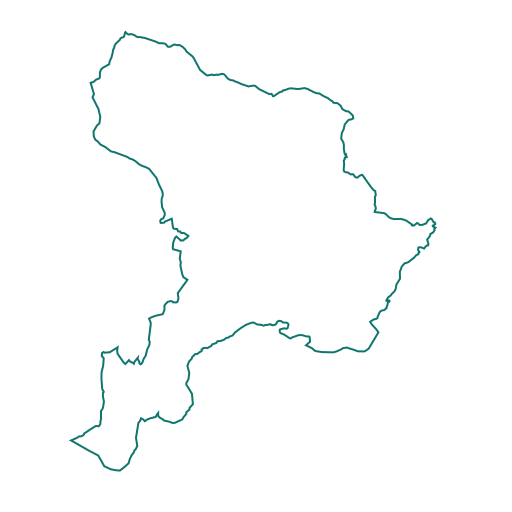 Albac, Alba, Romania (Mercator projection), rotated 272°
{"feature_id": "2599482B24206442274336", "entity_name": "Albac", "entity_type": "district", "adm_level": 2, "iso_a3": "ROU", "parent_name": "Romania", "parent_adm1": "Alba", "projection": "mercator", "projection_center": [22.961, 46.463], "detail": "fine", "context": "isolated", "style": "outline", "palette": "teal", "viewbox_px": 512, "rotation_deg": 272, "n_neighbors": 0, "source": "geoboundaries", "source_scale": "gbopen_adm2", "svg_char_len": 6085}
<svg xmlns="http://www.w3.org/2000/svg" viewBox="0 0 512 512"><g transform="rotate(272 256 256)"><path d="M396.9,348.4L399.8,347.8L403.1,344.2L403.7,343.2L403.9,340.8L405.9,337.1L409.2,335.3L411.6,332.1L411.9,327.9L413.3,327.0L414.0,325.5L416.3,322.3L418.1,318.1L420.7,313.5L420.7,311.2L422.0,307.3L423.1,305.5L423.5,303.9L424.5,302.6L425.5,298.7L424.3,292.3L424.8,284.9L424.5,283.2L422.7,278.8L422.5,277.3L421.3,276.4L420.6,274.0L416.3,268.1L416.4,267.2L418.4,266.1L418.6,265.6L418.2,263.8L422.8,253.4L425.9,249.4L426.2,248.1L426.0,246.1L425.2,242.6L427.3,235.5L428.9,231.7L430.1,228.1L430.7,227.0L431.0,224.2L432.3,221.6L435.2,219.1L436.6,217.5L436.9,215.6L435.6,211.5L435.9,210.4L435.2,207.1L435.6,206.5L435.7,205.1L434.8,201.8L434.9,200.4L439.9,193.7L451.9,186.7L453.3,185.5L458.0,179.3L460.0,178.1L462.4,175.4L464.3,171.9L463.9,170.2L464.5,167.1L464.0,165.8L462.2,163.1L462.0,161.5L462.2,160.4L464.5,158.5L464.9,157.6L465.3,156.1L465.3,151.4L466.7,148.5L469.9,137.7L470.2,136.4L470.2,134.9L470.7,133.5L470.7,130.3L470.9,129.2L472.6,126.6L473.1,124.9L473.4,123.0L472.9,120.8L473.7,119.4L475.2,117.7L474.5,117.3L471.1,116.6L470.1,115.9L469.3,113.7L468.5,112.8L467.3,112.4L463.0,108.2L460.7,107.2L459.1,107.0L457.1,106.0L453.7,105.6L449.3,104.6L445.3,102.9L442.6,102.6L438.7,96.3L436.8,94.5L433.9,93.6L429.1,93.7L428.0,93.2L426.8,90.2L424.3,87.6L423.3,84.7L412.1,88.4L408.9,87.1L397.2,93.5L389.6,95.5L383.1,94.9L381.0,92.6L374.9,89.3L369.9,89.7L366.7,91.3L364.7,94.1L362.0,96.6L359.5,101.8L355.5,107.4L354.8,111.0L350.4,124.2L349.0,126.2L348.4,128.8L346.8,131.9L343.5,136.1L341.9,139.5L341.1,142.4L339.4,146.1L330.6,153.7L323.9,156.6L317.9,159.8L315.4,160.6L313.0,160.7L310.3,159.8L307.0,159.7L301.4,160.5L295.8,163.3L293.8,163.4L290.3,161.9L289.6,160.1L288.5,159.4L287.6,159.0L285.7,159.6L286.1,163.0L287.2,163.8L290.3,170.5L281.3,172.1L280.4,173.0L280.2,176.2L277.9,177.3L277.8,179.5L276.8,179.8L276.3,181.2L276.5,182.7L276.2,183.7L273.7,187.7L271.7,186.3L270.7,184.5L269.0,182.7L269.0,180.9L268.7,180.6L272.7,175.7L271.2,174.4L266.5,172.8L261.3,172.5L259.9,172.9L258.0,180.6L250.7,179.9L247.0,181.1L243.7,180.8L234.9,183.0L232.3,184.2L229.8,188.3L216.1,179.1L211.7,179.9L210.1,179.8L207.5,179.1L206.7,177.7L206.9,176.3L206.7,174.9L207.7,173.8L208.0,172.7L207.2,169.5L204.9,167.3L203.1,166.2L198.8,166.4L194.6,164.8L192.7,157.5L190.6,152.7L189.6,151.3L186.3,152.9L184.2,153.2L168.7,151.8L166.2,152.8L163.2,152.5L158.8,150.5L152.4,149.2L149.3,147.3L146.2,146.4L144.2,145.2L143.7,144.6L144.6,143.2L146.3,143.0L149.0,141.3L150.2,141.4L146.1,138.3L144.1,137.7L144.7,137.1L146.1,133.8L147.5,132.7L143.5,129.2L145.0,127.4L153.4,121.1L156.3,120.5L159.9,120.9L154.7,113.2L154.1,108.2L154.7,107.0L153.7,105.6L150.7,105.3L148.5,107.4L141.1,107.1L134.3,105.7L128.1,105.8L117.8,106.9L114.9,108.6L113.8,107.8L110.4,107.9L105.1,109.1L99.4,108.4L97.4,107.7L95.6,106.5L87.5,106.8L85.5,106.3L82.7,106.3L80.4,104.9L80.5,101.8L77.2,96.8L72.5,90.4L71.0,89.9L69.7,87.6L69.5,85.4L68.1,83.6L65.2,77.6L55.5,96.1L51.1,105.3L40.6,111.7L37.8,118.3L37.0,123.5L36.8,127.4L40.8,132.2L44.4,135.9L48.5,136.9L52.4,138.6L55.5,140.8L57.5,141.3L58.7,142.5L61.9,144.0L70.2,142.4L85.0,144.3L87.6,146.1L89.8,146.8L88.8,148.9L87.0,150.7L88.6,152.6L90.4,156.8L90.8,158.8L91.2,159.2L91.3,160.4L91.7,161.5L93.9,162.4L95.7,163.7L92.9,163.8L91.3,165.2L89.3,168.8L88.4,169.7L87.5,174.5L86.2,178.6L86.5,180.9L90.1,188.0L92.7,189.4L95.7,191.8L97.4,191.8L100.1,194.8L101.9,194.9L105.7,198.1L116.1,196.8L125.1,190.8L126.6,190.8L130.6,192.8L136.7,193.4L143.8,191.3L148.3,192.8L151.1,195.3L152.7,195.7L155.8,198.6L156.0,200.6L158.1,203.2L158.6,204.3L159.2,205.0L160.7,204.9L161.0,205.7L162.1,206.4L162.5,208.8L162.2,210.5L164.6,214.5L166.1,215.2L167.7,219.3L169.5,220.5L169.8,223.4L171.2,227.0L173.1,229.1L173.4,231.0L174.5,232.4L175.8,235.4L178.8,237.6L183.3,243.1L186.8,248.3L189.0,253.4L189.5,255.6L187.6,259.7L187.5,262.6L187.2,263.3L187.4,263.9L186.6,266.0L187.5,268.0L187.4,269.3L188.4,272.7L187.6,273.8L187.4,275.4L187.8,277.1L188.9,278.6L190.8,279.3L192.0,280.9L191.8,283.5L190.5,285.2L190.4,289.1L189.8,290.2L188.5,290.9L185.1,290.1L184.4,289.3L184.7,286.6L183.5,282.6L182.6,282.2L181.1,282.4L179.8,283.1L178.4,287.0L174.9,292.6L175.0,293.9L175.8,294.7L178.4,301.4L178.5,305.0L177.3,309.7L177.5,311.7L177.0,312.4L172.2,313.0L168.5,309.1L165.9,315.0L163.4,318.1L162.9,320.0L162.3,325.2L162.4,336.6L163.3,339.5L165.8,344.7L167.0,346.2L167.7,350.4L166.9,352.2L166.1,355.6L164.3,361.3L164.4,366.9L164.6,368.1L167.4,371.9L184.0,381.0L187.0,378.7L192.0,373.8L194.3,372.4L196.8,376.0L197.2,377.9L198.1,379.5L199.5,379.7L203.6,381.3L205.1,382.3L205.9,383.7L206.4,385.9L208.6,388.4L209.4,388.2L211.2,389.0L213.7,389.4L214.5,389.7L214.8,390.7L215.8,391.0L216.1,390.8L216.3,389.6L215.7,388.0L216.1,387.8L219.2,389.4L221.3,392.1L222.7,392.9L225.4,395.5L227.7,396.7L232.2,397.3L238.3,400.7L245.2,400.3L250.6,402.1L254.0,404.9L254.1,406.0L255.1,408.3L259.9,414.1L262.3,416.0L263.4,418.1L264.7,418.3L265.3,419.2L266.4,418.8L267.1,418.0L268.1,417.8L269.8,417.9L270.3,418.3L270.5,420.5L269.3,423.7L272.0,425.7L272.6,426.7L272.6,427.6L274.1,427.9L278.4,426.5L281.2,428.6L282.8,429.4L284.2,429.6L285.5,432.0L288.0,433.6L289.2,433.2L290.6,434.4L291.7,431.8L292.3,431.5L292.7,431.9L293.0,432.8L294.3,434.1L295.8,433.5L295.9,432.4L299.1,430.3L299.6,429.3L297.9,426.8L294.3,424.8L294.2,423.9L293.1,421.7L292.7,418.9L293.0,418.1L294.0,417.1L294.6,415.8L292.0,412.8L291.9,411.7L292.1,410.8L292.8,410.9L296.4,405.4L297.4,402.7L298.1,399.4L297.7,392.7L298.6,388.8L300.1,386.7L302.1,384.7L303.3,382.7L304.1,373.1L305.0,373.1L307.4,374.1L309.7,373.7L311.6,372.7L313.4,373.1L319.2,372.8L320.9,373.6L325.1,372.9L326.0,371.2L328.8,368.6L340.8,359.4L340.7,358.6L339.6,356.4L338.0,354.8L337.9,353.6L338.3,352.5L341.1,350.2L340.9,347.6L342.7,344.9L342.8,343.1L343.5,341.2L345.0,340.6L350.8,340.9L354.5,340.4L355.5,341.2L357.4,341.3L357.9,343.2L360.8,342.3L360.3,341.7L361.8,340.9L366.4,340.0L369.7,340.0L372.7,339.3L376.3,337.0L382.0,337.5L385.8,339.2L390.6,340.1L395.3,343.8L395.8,346.3L396.9,348.4Z" fill="none" stroke="#0f766e" stroke-width="2"/></g></svg>